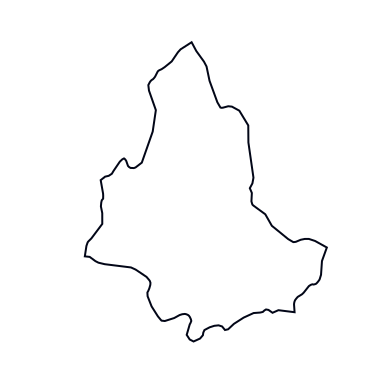 SVG path tracing the border of Guatemala, rotated 167°
{"feature_id": "GTM-1951", "entity_name": "Guatemala", "entity_type": "Department", "adm_level": 1, "iso_a3": "GTM", "parent_name": "Guatemala", "parent_adm1": "", "projection": "mercator", "projection_center": [-90.486, 14.587], "detail": "fine", "context": "isolated", "style": "outline", "palette": "ink", "viewbox_px": 384, "rotation_deg": 167, "n_neighbors": 0, "source": "natural_earth", "source_scale": "10m", "svg_char_len": 2019}
<svg xmlns="http://www.w3.org/2000/svg" viewBox="0 0 384 384"><g transform="rotate(167 192 192)"><path d="M96.8,121.0L92.8,120.9L88.7,120.0L83.1,116.6L73.1,107.6L80.9,95.5L84.9,82.3L87.4,78.0L89.2,76.4L91.0,75.1L92.0,74.6L93.1,74.5L94.4,74.5L95.5,75.0L97.2,74.8L99.3,74.0L105.8,68.8L107.8,67.6L112.6,66.0L114.5,64.6L116.0,63.3L116.8,62.1L117.3,61.1L117.8,59.8L118.0,58.7L119.1,51.8L134.4,57.4L140.7,56.2L144.0,59.9L146.3,60.9L148.1,60.3L150.0,59.2L152.7,59.2L159.2,60.2L169.9,58.0L180.8,54.1L187.7,50.1L190.9,50.1L192.9,54.2L196.1,56.1L200.3,56.6L205.2,56.2L210.9,54.7L212.6,52.5L213.6,50.0L217.1,47.4L224.1,46.0L227.4,48.8L229.3,54.0L224.0,63.5L223.0,64.6L221.7,66.5L221.7,68.2L222.2,70.6L222.8,72.1L223.6,73.1L224.4,73.7L225.3,74.3L226.4,74.8L229.0,75.1L231.7,74.9L237.7,73.2L247.5,72.4L250.6,73.5L251.2,74.5L253.2,78.5L257.1,89.6L258.7,100.4L258.1,104.0L257.5,104.8L256.9,105.4L255.2,107.8L253.5,110.9L252.9,112.9L253.1,114.8L253.5,115.8L255.4,119.5L264.4,129.1L268.4,132.2L293.3,141.3L299.1,144.2L301.7,146.4L306.3,151.8L310.9,153.4L307.0,163.2L305.0,166.4L304.2,167.1L300.5,169.4L286.6,181.1L284.2,191.6L284.0,198.5L282.8,202.1L281.8,204.2L280.1,205.5L279.4,208.2L279.0,210.4L278.3,224.1L273.2,226.5L269.5,226.5L266.0,227.8L263.6,230.3L255.5,237.8L252.6,239.5L250.7,240.0L250.0,239.2L249.5,238.2L249.1,237.1L248.5,231.8L247.7,230.5L246.5,229.3L243.3,228.4L241.5,228.6L234.3,231.9L216.7,259.7L208.8,279.9L211.1,300.5L210.5,306.0L208.4,308.5L207.6,309.2L206.8,309.8L205.8,310.3L204.6,310.7L203.3,311.6L202.0,312.7L198.4,317.0L197.6,317.6L196.5,318.0L194.0,318.5L190.6,319.8L182.4,323.8L174.3,331.3L171.0,333.6L158.7,338.0L156.1,328.4L151.0,316.3L149.6,311.0L149.9,296.4L147.1,273.7L145.3,267.9L144.3,267.4L143.0,267.2L137.4,267.4L133.9,266.2L127.6,260.6L122.2,244.2L125.9,227.6L128.9,192.1L131.2,186.8L134.8,182.7L133.9,177.6L136.2,169.5L136.0,166.2L135.4,165.2L131.3,160.4L125.6,153.8L121.8,141.1L108.9,124.5L104.6,120.4L103.4,120.2L102.0,120.1L96.8,121.0Z" fill="none" stroke="#020617" stroke-width="2"/></g></svg>